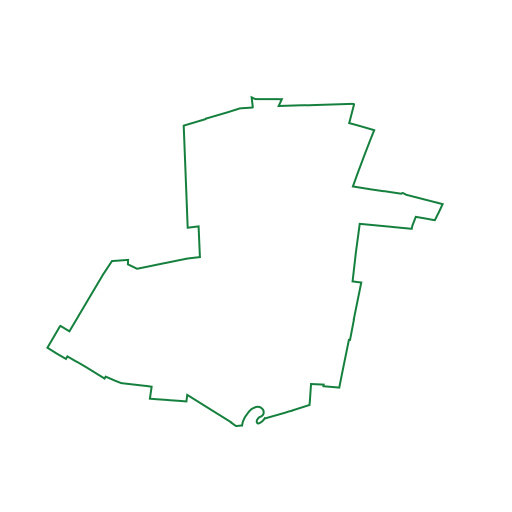 outline of Scortaru Nou, Braila, Romania, rotated 298°
{"feature_id": "2599482B5642728949351", "entity_name": "Scortaru Nou", "entity_type": "district", "adm_level": 2, "iso_a3": "ROU", "parent_name": "Romania", "parent_adm1": "Braila", "projection": "equal_earth", "projection_center": [27.599, 45.348], "detail": "fine", "context": "isolated", "style": "outline", "palette": "green", "viewbox_px": 512, "rotation_deg": 298, "n_neighbors": 0, "source": "geoboundaries", "source_scale": "gbopen_adm2", "svg_char_len": 2410}
<svg xmlns="http://www.w3.org/2000/svg" viewBox="0 0 512 512"><g transform="rotate(298 256 256)"><path d="M389.4,396.4L385.4,379.8L383.9,373.6L380.6,360.0L380.6,359.2L380.6,356.6L380.4,355.9L380.1,355.5L379.8,355.3L379.5,355.2L379.4,355.2L379.2,355.0L379.1,354.8L373.5,338.9L373.3,338.6L373.2,338.5L369.0,326.8L362.9,308.9L376.1,307.0L389.8,305.2L394.3,304.6L409.8,302.7L419.8,301.6L422.6,301.3L419.1,284.7L418.8,283.3L417.1,275.9L435.9,271.4L436.1,271.1L435.5,269.5L423.4,248.4L417.1,237.4L413.0,230.3L412.7,229.7L412.6,229.3L410.1,224.8L404.6,215.2L399.1,205.6L406.6,205.2L394.2,181.7L394.0,177.7L385.9,183.3L385.3,183.0L378.8,172.5L369.0,162.9L366.0,159.8L354.1,147.6L353.8,147.2L353.2,147.2L337.5,131.3L337.1,131.0L281.7,163.3L248.9,182.4L255.2,191.4L228.7,207.0L222.6,198.1L222.4,197.9L220.8,195.6L220.7,195.6L215.3,189.0L206.7,178.6L206.6,178.4L199.3,169.6L199.1,169.4L188.9,157.0L188.5,146.8L192.5,144.9L183.9,131.2L170.3,129.9L169.5,129.9L169.0,129.7L164.3,129.5L145.2,128.6L134.4,128.1L123.5,127.6L121.9,127.5L118.5,127.4L101.9,126.6L102.5,116.2L101.9,115.9L77.1,114.9L76.9,117.8L76.3,125.7L75.9,136.5L78.8,136.6L78.4,147.1L78.5,147.6L78.1,158.2L78.1,158.4L77.4,168.9L77.4,169.1L76.7,179.8L78.9,179.9L79.6,188.1L79.6,188.9L80.5,196.7L87.8,215.3L90.0,220.8L91.1,223.9L91.6,225.2L88.3,226.4L80.2,229.3L82.3,234.2L87.4,245.6L88.0,247.2L92.1,256.3L94.9,262.8L97.4,261.9L101.1,260.5L100.3,271.8L99.4,284.6L97.8,308.1L97.5,312.3L97.2,312.3L96.5,318.1L96.7,318.6L99.3,322.4L99.7,323.3L103.4,322.2L107.7,321.9L109.6,322.0L113.8,322.6L116.0,323.0L118.7,323.9L120.2,324.9L121.4,325.8L122.6,326.8L122.9,327.2L123.3,327.6L124.3,329.7L124.4,331.7L123.8,333.9L123.0,335.2L121.2,336.4L120.2,336.7L118.6,336.7L117.1,336.1L116.1,335.3L115.2,334.6L113.8,334.1L112.0,333.9L110.6,334.1L109.6,334.8L109.1,335.5L109.0,336.4L109.9,337.4L111.5,338.4L112.7,339.0L113.9,339.4L115.1,339.7L117.0,339.9L117.0,340.5L119.7,343.2L129.2,353.1L131.6,355.6L133.9,357.7L134.6,358.5L136.4,360.6L136.9,360.7L137.4,361.3L149.6,373.2L149.8,373.1L153.8,371.4L168.8,364.7L174.2,376.1L172.7,376.6L172.7,376.8L175.8,384.0L178.9,391.3L196.5,386.0L225.6,377.4L226.1,378.4L245.9,372.3L245.9,372.1L260.4,367.8L282.0,361.4L278.9,353.2L306.1,342.5L333.1,332.5L345.3,361.8L345.8,363.1L353.1,380.7L356.3,379.8L365.6,378.7L369.6,390.9L370.4,393.6L371.6,397.1L379.8,396.9L380.9,396.9L389.4,396.4Z" fill="none" stroke="#15803d" stroke-width="2"/></g></svg>